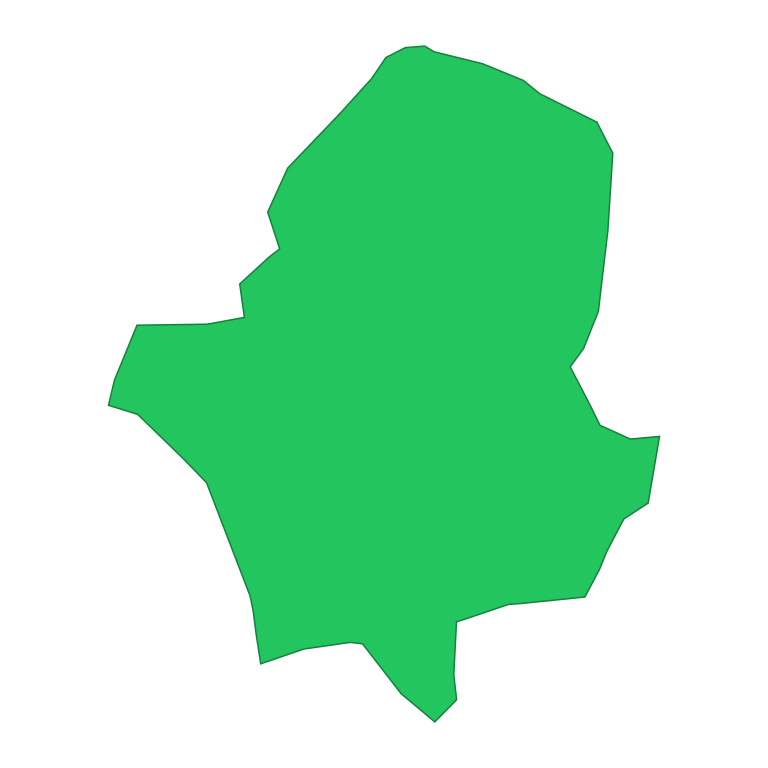 Erdenedalai, Dundgovi, Mongolia
{"feature_id": "93677404B12047368339882", "entity_name": "Erdenedalai", "entity_type": "district", "adm_level": 2, "iso_a3": "MNG", "parent_name": "Mongolia", "parent_adm1": "Dundgovi", "projection": "mercator", "projection_center": [104.982, 46.023], "detail": "fine", "context": "isolated", "style": "filled", "palette": "green", "viewbox_px": 768, "rotation_deg": 0, "n_neighbors": 0, "source": "geoboundaries", "source_scale": "gbopen_adm2", "svg_char_len": 796}
<svg xmlns="http://www.w3.org/2000/svg" viewBox="0 0 768 768"><path d="M596.8,122.0L596.7,122.1L539.7,93.7L523.3,80.4L482.7,63.8L434.2,51.8L424.7,46.1L405.4,47.6L385.9,57.5L371.6,78.6L339.4,114.1L287.7,168.1L267.7,212.1L279.7,248.9L269.6,256.6L239.7,284.0L244.4,317.4L207.0,324.2L137.0,325.2L114.4,380.3L108.5,405.3L137.7,414.4L183.2,458.6L206.6,482.8L250.1,596.0L253.1,610.5L256.2,634.5L260.7,663.8L303.9,649.0L350.0,642.4L362.5,643.8L401.2,693.8L434.8,721.9L456.5,699.9L456.5,698.4L453.8,675.1L456.5,621.7L461.2,620.4L508.5,604.4L520.1,603.6L584.9,597.0L599.5,569.4L607.2,550.7L623.8,519.0L648.2,503.0L659.5,436.4L630.4,439.1L600.0,425.3L590.9,406.7L570.2,366.8L583.6,348.5L598.4,311.3L604.2,261.7L607.9,230.5L612.8,153.2L596.8,122.0Z" fill="#22c55e" stroke="#15803d" stroke-width="1.5"/></svg>